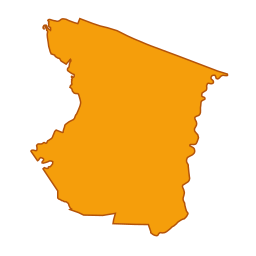 outline of Florencio Villarreal, Guerrero, Mexico, rotated 185°
{"feature_id": "50627088B89189510958197", "entity_name": "Florencio Villarreal", "entity_type": "district", "adm_level": 2, "iso_a3": "MEX", "parent_name": "Mexico", "parent_adm1": "Guerrero", "projection": "albers", "projection_center": [-99.124, 16.694], "detail": "fine", "context": "isolated", "style": "filled", "palette": "amber", "viewbox_px": 256, "rotation_deg": 185, "n_neighbors": 0, "source": "geoboundaries", "source_scale": "gbopen_adm2", "svg_char_len": 5760}
<svg xmlns="http://www.w3.org/2000/svg" viewBox="0 0 256 256"><g transform="rotate(185 128 128)"><path d="M33.7,190.4L43.5,192.5L79.1,202.6L85.5,204.4L112.0,211.7L116.7,213.1L129.5,217.2L136.6,219.7L147.4,224.0L157.2,226.1L164.5,227.2L172.1,229.0L183.1,232.1L185.5,232.8L187.1,227.6L190.7,228.3L196.5,229.9L199.1,230.9L201.5,231.1L203.0,231.0L204.2,230.3L204.9,229.6L205.6,229.0L206.6,228.4L208.0,228.1L209.6,228.4L211.1,228.5L212.4,228.7L213.3,228.9L214.7,229.2L215.2,229.3L215.8,229.3L216.4,229.1L216.9,228.8L217.2,228.0L216.8,227.6L216.1,227.2L216.0,226.7L216.4,225.7L216.0,224.8L216.0,223.4L215.9,222.5L215.4,222.0L214.5,221.5L214.0,221.4L213.6,219.3L213.7,218.6L214.4,219.1L215.0,219.3L215.7,219.7L216.4,220.3L217.0,221.0L217.5,221.8L217.8,222.6L218.3,223.0L218.5,223.3L219.7,223.2L220.4,223.0L220.7,222.7L221.2,221.8L221.3,221.4L221.4,220.8L221.3,220.2L221.0,219.8L220.5,219.4L220.2,219.4L220.2,219.6L220.4,220.1L220.6,220.7L220.7,221.8L220.7,222.3L220.4,222.6L220.1,222.7L219.4,222.7L219.0,222.1L218.8,221.4L218.5,220.3L218.1,220.0L217.8,219.3L217.5,218.2L217.0,218.0L216.4,216.8L216.6,215.6L216.6,213.8L216.2,211.3L215.0,206.5L214.1,202.4L212.9,199.3L212.1,197.1L211.3,195.8L211.1,195.2L207.4,194.2L206.6,192.9L205.4,192.3L204.1,191.6L202.2,191.3L200.5,188.9L195.2,186.2L194.9,186.5L194.7,187.0L193.4,188.6L192.9,189.2L192.5,189.8L192.2,190.3L191.9,191.0L191.3,191.5L190.8,190.6L190.8,189.6L191.3,188.8L191.6,188.1L191.9,186.7L192.1,183.7L192.6,182.9L193.2,182.3L193.4,181.6L193.4,180.7L193.2,180.1L192.8,179.7L191.6,179.0L189.9,178.0L188.9,177.5L188.2,177.2L187.5,176.9L186.4,176.6L186.2,176.2L186.2,174.8L186.4,174.1L186.8,173.7L187.2,173.7L187.5,173.9L187.9,174.2L188.1,174.5L188.4,174.7L188.7,174.6L188.8,174.4L188.5,173.9L188.6,173.6L188.6,173.4L188.4,173.3L188.2,173.3L187.9,173.3L187.8,173.1L187.9,172.5L188.1,172.0L188.1,171.5L188.4,171.3L188.3,170.9L188.2,170.5L188.0,170.4L188.0,170.2L188.2,169.7L188.2,169.0L188.1,168.7L188.1,168.3L188.1,167.9L188.0,167.6L187.8,167.2L187.7,166.9L187.8,166.3L188.1,166.2L188.3,165.9L188.7,165.6L188.8,165.4L189.1,165.0L189.1,164.7L189.2,163.8L189.4,163.6L189.4,163.4L188.8,163.2L188.0,162.6L187.3,161.9L187.0,161.2L186.7,160.1L185.5,158.8L184.7,158.1L183.4,157.8L182.4,157.8L181.4,157.9L180.4,157.5L179.6,155.9L178.1,151.9L177.4,149.6L177.4,148.1L177.6,146.5L178.0,144.9L178.3,143.9L178.9,142.0L179.3,140.7L180.4,137.5L181.2,136.4L181.5,135.5L182.2,132.9L183.2,131.6L185.8,130.0L187.5,128.9L190.4,126.3L191.1,125.4L191.4,123.2L191.9,121.3L192.2,119.8L192.3,118.1L193.0,117.8L194.1,118.1L199.4,119.7L200.7,118.2L201.3,116.1L202.1,113.6L202.6,111.9L203.3,110.9L204.3,110.1L205.2,109.4L206.1,108.7L206.8,108.3L207.4,107.0L207.7,106.0L208.6,105.6L210.1,106.2L210.9,106.0L211.9,105.0L213.1,104.5L215.8,104.3L216.4,104.1L217.0,103.5L217.3,103.0L217.5,102.7L217.5,102.4L217.4,102.0L217.0,100.7L216.8,99.3L216.8,98.9L216.8,98.3L217.2,97.6L217.7,97.4L218.4,97.4L220.3,97.7L221.7,97.6L222.6,96.8L222.6,96.3L215.3,87.5L215.2,87.5L214.3,88.3L213.9,89.0L213.4,90.0L212.5,90.9L211.2,90.7L209.9,90.2L209.4,89.7L209.3,88.7L210.6,86.8L210.6,85.8L209.4,85.6L206.9,86.5L205.0,87.3L203.2,88.4L201.6,88.4L200.1,88.0L200.0,86.7L200.1,85.4L200.5,84.9L201.3,83.7L201.8,83.0L202.2,82.6L203.1,82.6L203.8,82.3L204.1,80.9L205.1,80.6L206.6,80.8L207.9,81.2L208.9,80.2L209.1,79.9L192.5,59.2L191.9,52.2L191.7,52.0L191.2,51.6L190.7,51.2L190.2,51.0L189.2,50.8L188.4,50.3L187.7,49.9L187.0,49.9L186.3,49.7L185.3,49.2L184.1,49.0L183.3,49.2L182.7,48.9L181.8,48.2L181.0,47.8L180.5,46.9L180.1,45.8L179.5,44.7L178.4,43.1L177.4,42.5L178.7,41.7L169.8,39.4L164.6,37.4L145.6,38.7L133.1,41.9L134.3,35.4L134.6,31.4L112.6,32.6L99.3,33.6L96.3,26.8L96.2,25.7L95.9,25.4L95.2,25.0L94.3,24.4L93.4,23.9L91.9,23.4L90.0,23.2L89.3,23.5L88.7,24.1L88.2,25.4L86.9,26.6L84.5,26.5L82.3,27.0L80.6,28.1L79.6,29.0L78.8,29.8L78.5,30.1L78.1,30.4L77.8,30.8L77.1,31.4L75.8,33.0L75.0,33.7L74.0,34.3L73.3,34.9L72.7,35.5L72.4,35.9L71.3,36.9L71.0,37.5L69.8,38.9L67.9,40.4L66.5,41.4L65.4,42.0L64.4,42.3L64.0,42.5L63.3,43.3L62.4,44.4L61.7,45.5L61.6,45.9L61.1,47.0L60.9,47.4L60.8,48.0L60.9,48.3L61.3,49.0L61.9,49.5L62.2,49.9L62.5,50.3L62.7,50.8L63.0,51.2L63.1,51.9L63.5,52.6L64.1,54.5L64.5,55.5L64.9,57.2L65.0,57.9L65.1,58.2L65.3,58.6L66.0,59.5L66.4,60.3L66.8,61.2L67.0,62.7L66.9,63.6L66.5,65.6L66.3,67.2L66.2,68.3L66.4,69.2L66.9,70.6L67.1,71.2L67.5,72.0L68.1,73.0L68.6,74.2L68.7,74.8L68.5,75.5L68.2,76.1L67.3,76.7L64.3,79.0L63.7,79.5L63.1,80.1L62.4,81.6L62.2,83.3L62.7,85.2L63.1,87.2L63.6,89.5L64.4,93.9L64.6,94.7L64.7,96.0L64.8,96.5L65.2,97.2L66.1,98.4L66.6,99.2L66.8,100.4L66.9,101.2L66.7,102.2L66.5,103.1L66.0,103.9L64.7,104.9L61.8,106.7L61.1,107.3L60.0,108.6L59.7,109.3L59.5,110.2L59.6,111.2L60.1,112.9L61.0,113.9L62.2,114.5L63.3,115.0L64.3,115.3L64.9,115.7L64.9,116.5L64.4,117.0L62.7,117.2L61.0,117.3L59.8,117.6L58.9,118.2L58.3,119.4L57.9,120.5L56.9,124.4L57.3,125.6L57.9,127.3L60.0,129.3L61.4,130.8L61.7,133.0L60.6,135.4L60.0,137.0L60.0,138.6L60.5,140.2L61.6,141.9L62.1,142.9L62.4,144.0L62.1,144.7L61.6,145.1L60.8,145.7L59.4,146.3L58.4,146.9L57.6,148.1L57.2,149.6L57.3,151.7L57.6,154.5L57.5,156.7L57.5,160.1L57.3,160.6L57.1,161.2L56.1,162.0L55.2,162.6L54.0,163.3L53.9,164.1L54.0,164.5L54.2,164.8L54.5,165.1L56.7,165.8L57.2,166.2L57.4,167.1L57.4,168.1L57.3,169.1L56.9,169.6L55.2,171.0L53.5,172.3L53.2,173.0L53.0,173.7L53.1,175.4L53.2,176.0L53.4,176.6L53.3,177.3L52.8,178.9L52.6,179.2L52.1,179.5L51.3,179.6L50.2,179.4L49.1,179.3L48.4,179.5L47.7,179.7L47.1,180.2L46.8,181.2L47.2,182.3L47.4,182.6L48.3,183.3L49.2,184.0L49.7,184.8L49.7,185.8L49.0,187.3L48.0,187.9L46.7,188.1L45.9,188.0L45.3,187.1L44.4,185.0L42.8,184.7L41.8,185.4L40.9,186.4L40.4,187.2L39.5,188.1L38.0,188.8L35.8,188.7L33.9,188.8L33.4,189.3L33.7,190.4Z" fill="#f59e0b" stroke="#b45309" stroke-width="1.5"/></g></svg>